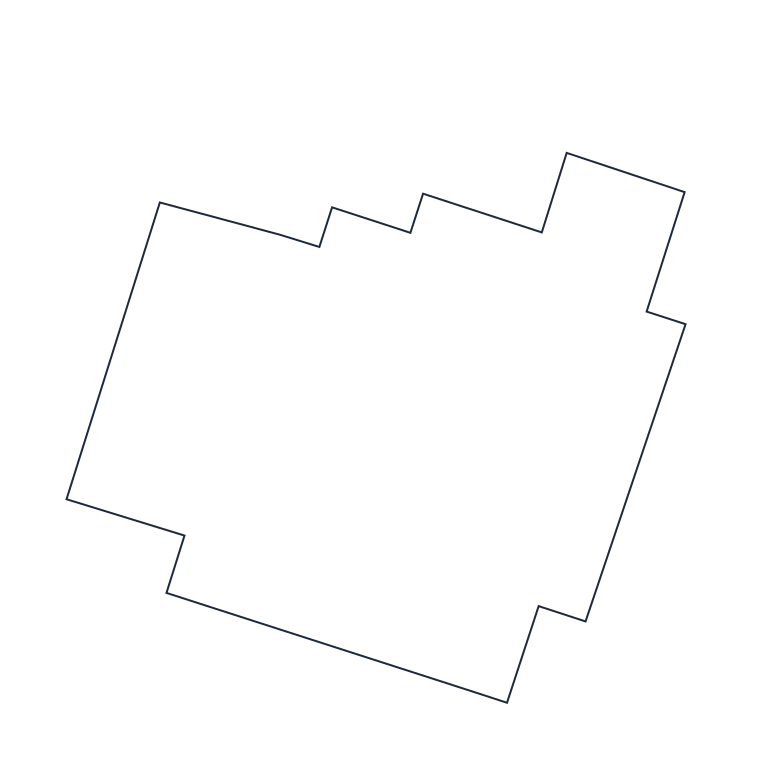 the district of Guernsey, Ohio, United States of America, rotated 196°
{"feature_id": "52423323B21597350777733", "entity_name": "Guernsey", "entity_type": "district", "adm_level": 2, "iso_a3": "USA", "parent_name": "United States of America", "parent_adm1": "Ohio", "projection": "orthographic", "projection_center": [-81.499, 40.031], "detail": "fine", "context": "isolated", "style": "outline", "palette": "slate", "viewbox_px": 768, "rotation_deg": 196, "n_neighbors": 0, "source": "geoboundaries", "source_scale": "gbopen_adm2", "svg_char_len": 394}
<svg xmlns="http://www.w3.org/2000/svg" viewBox="0 0 768 768"><g transform="rotate(196 384 384)"><path d="M535.5,123.2L226.6,113.2L177.9,111.5L174.1,213.1L124.8,211.3L110.6,524.6L151.5,526.0L147.9,651.3L272.1,656.5L274.1,573.2L398.9,577.7L400.3,536.6L482.6,539.5L483.9,497.9L525.5,498.8L649.5,496.7L657.4,185.7L534.0,183.3L535.5,123.2Z" fill="none" stroke="#1e293b" stroke-width="2"/></g></svg>